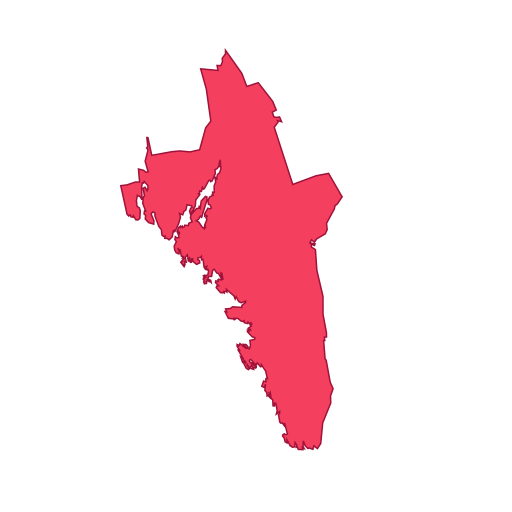 outline of Søgne nor, Vest-Agder, Norway, rotated 67°
{"feature_id": "86288312B80796740306495", "entity_name": "Søgne nor", "entity_type": "district", "adm_level": 2, "iso_a3": "NOR", "parent_name": "Norway", "parent_adm1": "Vest-Agder", "projection": "robinson", "projection_center": [7.753, 58.101], "detail": "fine", "context": "isolated", "style": "filled", "palette": "rose", "viewbox_px": 512, "rotation_deg": 67, "n_neighbors": 0, "source": "geoboundaries", "source_scale": "gbopen_adm2", "svg_char_len": 6158}
<svg xmlns="http://www.w3.org/2000/svg" viewBox="0 0 512 512"><g transform="rotate(67 256 256)"><path d="M420.5,244.6L414.0,242.1L408.3,236.9L401.2,237.0L379.3,232.1L377.7,232.6L360.3,226.8L360.7,225.7L357.4,224.7L358.1,222.7L354.1,221.1L335.9,217.1L319.3,210.1L293.1,205.6L273.3,198.8L269.4,201.5L266.8,200.5L269.2,198.0L267.9,196.9L265.0,201.3L262.8,198.6L266.1,196.8L263.9,193.3L262.7,183.7L259.6,180.2L253.5,178.3L243.3,165.5L240.5,163.5L240.0,161.0L235.2,153.6L208.3,156.9L205.6,169.6L204.5,194.2L144.6,188.9L141.5,183.5L139.7,183.3L142.4,180.0L137.2,180.0L136.3,183.4L134.7,185.2L129.9,184.8L129.6,180.3L120.3,180.2L97.4,186.2L96.3,198.2L82.2,197.7L54.7,203.7L58.0,205.1L60.8,209.8L64.1,211.0L67.0,213.9L65.4,217.4L70.3,218.5L62.1,233.8L82.9,236.5L114.2,244.9L118.3,252.2L136.2,266.4L134.4,276.0L129.4,285.4L127.1,292.7L122.6,312.6L104.8,309.2L104.3,310.2L113.0,312.9L113.8,314.5L116.1,313.9L125.4,321.0L136.4,322.4L135.9,324.5L133.1,326.1L130.0,330.2L142.5,334.3L140.8,338.0L140.1,347.1L138.4,353.0L167.1,358.4L169.5,357.5L168.8,356.3L169.4,355.7L171.1,355.8L172.2,354.0L171.2,353.2L175.8,352.4L176.7,350.6L176.0,348.2L169.1,344.8L166.0,344.6L163.7,346.1L158.2,344.4L153.8,341.5L156.3,339.4L159.7,339.0L147.7,334.2L144.2,332.1L145.0,331.0L143.7,329.8L148.9,328.0L152.1,329.2L151.8,330.3L154.2,330.7L149.3,331.3L149.6,333.4L157.0,335.2L157.9,336.8L163.3,339.7L171.5,340.0L170.9,341.0L173.5,342.6L175.5,341.7L178.6,343.5L183.3,341.8L186.7,337.7L183.8,336.2L176.2,336.1L175.1,333.5L176.7,332.2L179.7,333.4L190.9,333.9L194.8,332.8L199.8,334.4L201.8,333.6L202.2,331.8L204.1,333.1L205.3,330.7L207.2,329.7L205.7,325.7L201.0,322.6L200.4,321.7L201.7,321.8L201.4,320.5L195.8,314.4L190.7,310.3L187.0,309.8L189.5,307.4L186.7,304.8L186.3,302.6L181.9,299.5L184.7,295.6L186.4,295.9L186.4,297.4L188.9,299.7L191.4,299.9L189.9,296.7L186.2,292.3L180.8,289.5L177.6,283.8L176.2,284.6L176.3,283.4L174.1,282.5L175.2,281.0L171.9,278.5L173.9,278.3L173.8,277.2L168.1,270.1L168.2,268.8L169.8,268.7L169.8,267.1L164.2,261.2L160.5,260.0L160.4,257.5L159.1,255.7L159.6,254.3L157.8,254.7L153.4,251.5L161.6,254.0L165.1,256.9L166.0,259.6L168.7,261.7L168.2,262.1L169.5,261.7L170.6,261.8L167.1,263.0L172.1,264.2L175.2,267.2L181.0,269.5L180.3,271.0L183.1,271.6L182.4,272.3L183.2,272.5L183.6,275.8L186.3,278.6L189.7,279.6L191.1,278.3L194.2,278.3L194.7,279.9L193.2,281.6L196.9,286.6L199.4,287.7L199.3,285.7L200.5,285.4L201.2,287.2L203.2,286.9L206.8,290.5L210.7,291.5L208.7,291.8L210.7,292.9L208.2,294.3L202.4,295.4L200.2,297.3L199.8,294.6L197.6,291.7L199.1,290.9L185.3,279.3L182.5,278.1L181.4,279.1L183.9,284.9L190.3,288.8L188.4,289.1L189.7,290.1L189.1,292.3L192.6,299.7L195.3,301.5L199.5,301.4L199.6,305.0L201.5,306.4L199.8,309.6L201.4,311.1L201.1,312.4L199.8,312.2L200.5,314.0L199.0,313.7L199.5,316.0L202.7,319.2L204.6,319.0L203.5,317.7L204.3,317.3L205.8,318.0L205.5,319.1L208.9,319.7L208.5,321.7L206.7,322.7L209.1,324.2L211.7,323.7L215.0,327.5L218.7,328.5L221.8,328.2L224.0,326.2L222.7,325.1L217.9,324.9L220.7,324.4L220.7,323.5L226.9,324.8L228.1,323.2L229.1,324.6L230.2,322.7L231.2,325.6L233.1,326.1L231.6,326.3L232.4,327.7L236.9,326.6L236.2,326.0L237.4,325.9L236.0,324.6L233.2,323.9L234.4,322.6L229.5,321.6L228.1,318.8L234.8,320.4L231.9,317.9L234.1,317.2L235.1,318.0L234.4,318.8L236.2,318.9L236.5,317.9L233.8,316.4L233.8,315.4L236.3,316.2L240.5,314.0L240.4,310.4L237.9,309.8L236.5,311.0L234.9,310.0L235.7,308.0L235.0,306.4L238.3,307.6L238.5,306.1L246.2,308.2L247.1,307.9L246.2,307.3L246.3,305.3L248.6,307.7L249.9,306.1L248.5,305.5L251.2,305.5L254.7,307.8L254.3,310.0L256.7,310.5L253.6,310.7L253.7,312.2L255.4,311.7L256.6,312.1L255.8,313.0L256.9,313.7L259.4,313.1L259.4,314.3L261.4,314.4L261.9,312.3L258.9,310.4L260.9,309.3L259.6,308.8L262.7,307.6L260.7,307.2L258.2,309.3L256.5,307.7L257.4,304.8L252.3,301.6L251.8,299.7L256.4,298.7L257.3,297.4L262.2,296.9L257.8,294.8L258.7,294.2L264.4,295.5L264.5,296.6L262.8,296.5L264.2,297.7L263.1,299.4L262.6,298.6L263.1,300.4L264.8,300.8L263.2,302.7L264.6,303.7L268.8,302.0L268.3,303.9L269.6,305.0L276.0,302.9L277.1,300.4L276.3,299.9L277.4,299.5L276.5,299.1L276.7,297.7L277.8,296.9L275.1,296.3L284.1,291.9L287.5,292.0L285.8,290.2L291.2,289.7L293.3,287.9L293.5,283.2L294.8,283.9L295.9,288.2L297.8,289.2L293.6,297.4L294.3,300.2L292.8,304.7L296.0,304.7L295.0,306.2L302.6,305.8L305.1,301.3L306.1,301.1L306.2,300.2L304.9,300.3L306.5,297.0L309.9,295.3L311.2,293.6L310.9,292.4L312.9,292.8L314.9,290.1L313.8,289.2L315.7,288.5L315.5,286.6L317.2,286.5L317.3,289.1L317.3,287.7L318.7,287.8L319.5,291.6L321.3,291.4L321.1,290.0L322.1,289.9L321.1,292.5L323.4,291.8L321.3,293.0L322.4,293.5L329.1,291.0L330.5,289.0L332.2,289.8L331.3,294.6L336.3,296.1L338.9,298.3L337.0,300.6L336.7,298.8L333.7,299.7L332.4,302.2L336.7,300.9L336.9,301.5L330.4,305.0L331.6,306.1L330.2,307.9L331.9,307.8L331.6,308.7L337.5,307.8L334.8,309.3L346.2,307.8L343.1,309.5L348.7,309.9L348.8,308.4L347.1,307.9L349.4,306.8L350.3,307.2L348.9,307.6L349.8,309.2L355.5,308.9L357.6,307.4L357.0,306.1L353.2,306.9L352.7,306.3L357.0,305.9L355.0,302.8L357.6,302.8L357.9,304.2L359.4,302.5L357.3,302.4L358.9,300.3L356.0,299.5L359.1,299.6L357.7,298.8L355.1,299.6L355.8,300.4L354.3,301.8L355.3,302.2L353.1,302.0L354.1,300.9L353.2,300.8L352.1,302.7L350.6,303.1L349.4,302.8L349.2,301.2L355.0,299.3L356.1,297.9L354.9,296.6L359.7,295.1L359.8,294.1L358.3,293.5L365.6,292.1L373.3,293.4L372.6,294.2L373.1,295.1L375.7,296.0L374.1,297.9L378.2,301.6L380.1,299.9L377.7,297.3L383.2,300.4L385.9,299.5L389.2,300.5L389.0,299.4L391.1,298.7L387.5,297.6L388.4,297.2L387.5,296.3L393.1,297.8L395.0,296.8L400.6,298.9L401.3,297.6L398.0,296.1L400.3,296.7L399.9,295.3L406.7,297.0L409.4,299.0L408.3,295.0L410.3,295.8L410.6,297.3L418.4,299.0L419.7,298.4L419.7,297.1L423.1,296.3L420.8,294.9L432.1,296.6L432.2,298.4L430.7,299.5L431.2,301.4L432.5,301.9L434.0,301.1L438.4,301.8L440.2,300.5L437.5,299.3L444.8,298.6L444.1,298.3L446.3,297.2L446.8,294.9L443.0,292.9L445.8,292.3L447.8,293.6L447.8,292.7L450.6,292.6L452.6,288.4L450.4,288.1L451.9,286.9L449.7,287.1L444.7,284.7L449.7,284.9L453.5,283.4L453.4,282.2L456.2,279.2L453.4,276.9L457.3,274.7L453.9,269.7L435.7,259.8L420.5,244.6Z" fill="#f43f5e" stroke="#9f1239" stroke-width="1.5"/></g></svg>